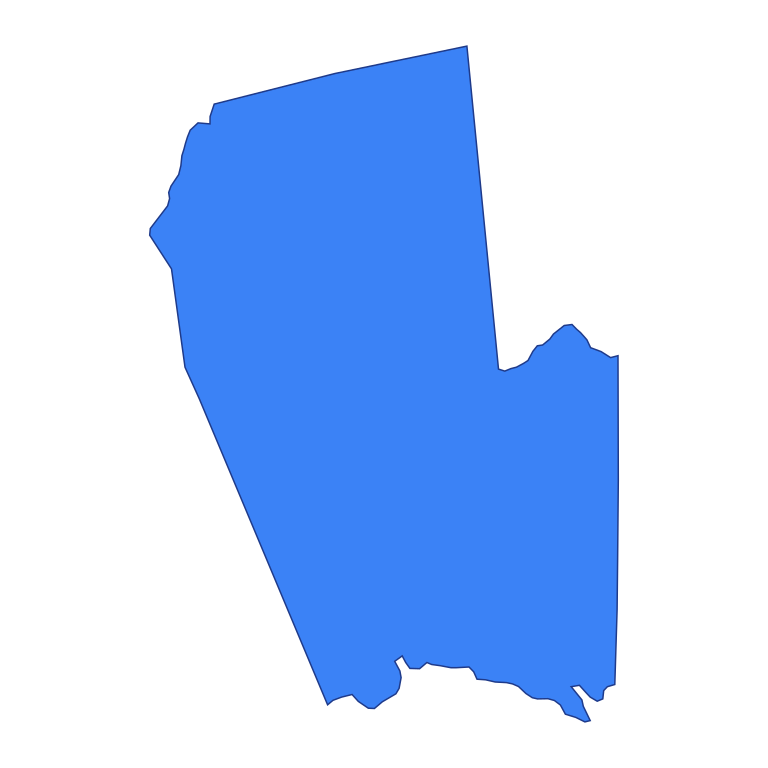 João Câmara, Rio Grande do Norte, Brazil
{"feature_id": "56859067B69289954608345", "entity_name": "João Câmara", "entity_type": "district", "adm_level": 2, "iso_a3": "BRA", "parent_name": "Brazil", "parent_adm1": "Rio Grande do Norte", "projection": "natural_earth1", "projection_center": [-35.848, -5.472], "detail": "fine", "context": "isolated", "style": "filled", "palette": "blue", "viewbox_px": 768, "rotation_deg": 0, "n_neighbors": 0, "source": "geoboundaries", "source_scale": "gbopen_adm2", "svg_char_len": 1317}
<svg xmlns="http://www.w3.org/2000/svg" viewBox="0 0 768 768"><path d="M614.8,684.5L617.1,609.6L617.6,561.1L618.3,480.4L618.0,355.7L610.6,357.6L601.1,351.6L590.6,347.7L586.9,339.8L580.7,332.8L576.7,329.3L572.0,324.5L564.2,325.5L553.5,334.0L549.8,339.1L542.6,345.0L537.3,345.8L532.9,351.3L528.0,360.5L523.5,363.4L516.4,367.2L510.9,368.6L504.8,371.1L498.5,369.1L466.9,46.1L392.2,61.6L335.0,73.5L214.2,104.1L210.1,116.5L210.0,123.9L198.0,122.9L190.2,130.2L187.5,136.9L185.5,143.3L183.9,149.4L181.9,155.7L180.9,165.6L178.7,174.6L171.0,186.1L168.7,192.5L169.6,198.6L167.6,205.9L150.3,228.5L149.7,235.2L171.5,268.9L185.0,367.2L199.3,398.8L246.6,511.6L327.6,704.8L333.0,700.3L341.6,697.1L352.1,694.5L358.3,701.4L368.3,708.2L374.4,708.5L382.3,701.8L395.9,693.8L399.1,688.4L401.1,677.6L399.9,671.0L394.7,661.3L402.2,655.9L405.7,662.5L409.9,668.4L419.6,668.7L426.9,662.5L431.7,664.5L440.4,665.7L450.9,667.7L456.3,667.7L469.0,667.0L473.7,671.8L477.0,679.2L485.6,679.8L495.2,682.0L506.5,682.6L512.5,683.9L518.5,686.5L525.9,693.5L532.3,697.7L537.5,698.9L548.0,698.7L554.4,700.5L560.4,705.0L565.4,714.2L575.8,717.4L584.9,721.9L590.2,720.6L583.3,706.3L581.9,699.9L571.2,686.7L579.4,685.3L586.0,692.6L590.2,697.1L597.2,701.2L602.8,698.9L603.7,690.6L607.4,686.7L614.8,684.5Z" fill="#3b82f6" stroke="#1e3a8a" stroke-width="1.5"/></svg>